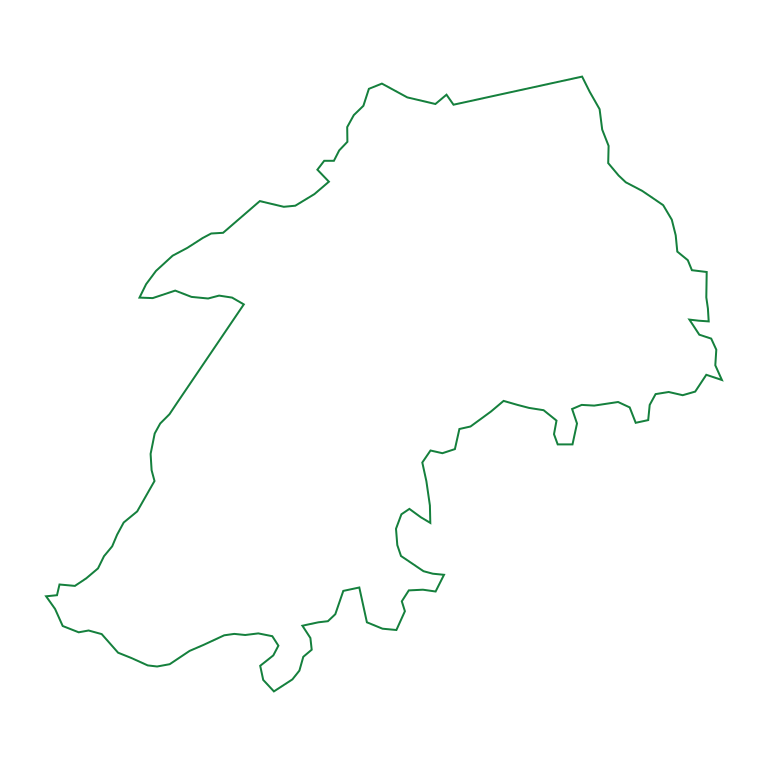 the district of Kaloré, Paraná, Brazil
{"feature_id": "56859067B74207450909623", "entity_name": "Kaloré", "entity_type": "district", "adm_level": 2, "iso_a3": "BRA", "parent_name": "Brazil", "parent_adm1": "Paraná", "projection": "robinson", "projection_center": [-51.69, -23.863], "detail": "fine", "context": "isolated", "style": "outline", "palette": "green", "viewbox_px": 768, "rotation_deg": 0, "n_neighbors": 0, "source": "geoboundaries", "source_scale": "gbopen_adm2", "svg_char_len": 2055}
<svg xmlns="http://www.w3.org/2000/svg" viewBox="0 0 768 768"><path d="M721.9,380.0L715.3,365.3L716.3,349.7L711.2,338.6L699.3,334.7L689.4,319.6L698.7,320.7L708.7,321.4L707.9,308.5L706.3,297.4L706.7,272.0L691.9,270.2L687.8,260.2L677.3,251.6L675.7,235.3L671.8,219.7L663.2,205.2L652.7,198.0L642.2,190.9L625.8,182.3L618.6,175.5L608.2,163.1L608.6,145.9L602.2,129.6L599.6,109.2L589.7,91.8L582.1,76.6L453.5,104.7L446.5,94.7L435.4,104.0L407.3,97.4L381.9,83.6L368.9,88.8L363.4,105.8L353.8,115.1L347.2,127.1L347.4,141.8L339.2,150.4L333.9,160.8L324.2,160.8L317.4,169.7L328.9,181.7L314.4,194.1L295.3,205.7L283.8,206.8L259.8,201.1L223.1,232.8L211.2,233.5L202.7,238.0L187.1,248.0L172.6,255.7L156.0,270.9L146.1,284.2L139.5,297.6L152.7,298.1L175.2,290.6L191.5,296.9L208.1,298.5L219.1,295.6L232.1,297.6L243.8,304.4L176.7,403.4L169.5,414.2L160.2,423.5L154.7,433.5L150.6,453.9L151.6,470.2L154.5,481.0L137.2,511.4L123.7,522.5L117.1,534.7L112.2,546.3L104.0,556.2L98.0,568.4L86.4,578.2L74.9,585.9L59.5,584.5L57.0,595.2L46.1,596.3L55.1,609.0L62.7,626.0L78.7,632.3L88.6,630.5L101.7,634.1L118.1,652.7L131.1,657.9L147.7,665.4L157.1,666.5L169.7,664.2L189.6,650.9L203.3,645.0L224.2,635.3L234.3,633.9L245.2,635.0L258.3,633.4L272.3,636.2L278.4,645.7L273.3,655.4L260.2,665.8L263.2,679.9L273.9,691.4L292.4,679.4L299.4,670.6L303.3,656.8L311.7,649.7L310.4,638.0L302.4,625.7L318.4,622.3L327.9,621.2L335.3,614.2L343.3,590.9L359.3,587.5L366.9,622.3L382.5,628.7L396.4,630.0L404.9,611.2L401.8,601.3L408.8,590.4L422.9,589.7L435.6,591.5L444.0,574.8L432.8,573.7L423.5,571.2L401.0,556.0L397.3,545.1L396.0,528.8L401.4,514.3L409.4,508.9L420.9,517.3L430.3,522.9L429.9,505.5L426.4,481.3L422.3,462.5L430.5,450.5L442.4,453.2L454.9,449.1L459.4,429.0L470.5,426.5L491.0,411.5L503.6,400.9L517.5,404.9L529.0,407.9L543.6,410.2L556.5,420.6L554.0,434.2L557.7,444.4L572.5,444.4L577.0,423.5L572.1,409.0L581.7,404.9L594.2,405.6L618.1,402.0L629.7,407.4L635.7,422.8L648.2,420.1L649.7,404.9L655.6,394.1L668.7,392.0L682.7,395.2L695.2,391.6L706.3,374.8L721.9,380.0Z" fill="none" stroke="#15803d" stroke-width="2"/></svg>